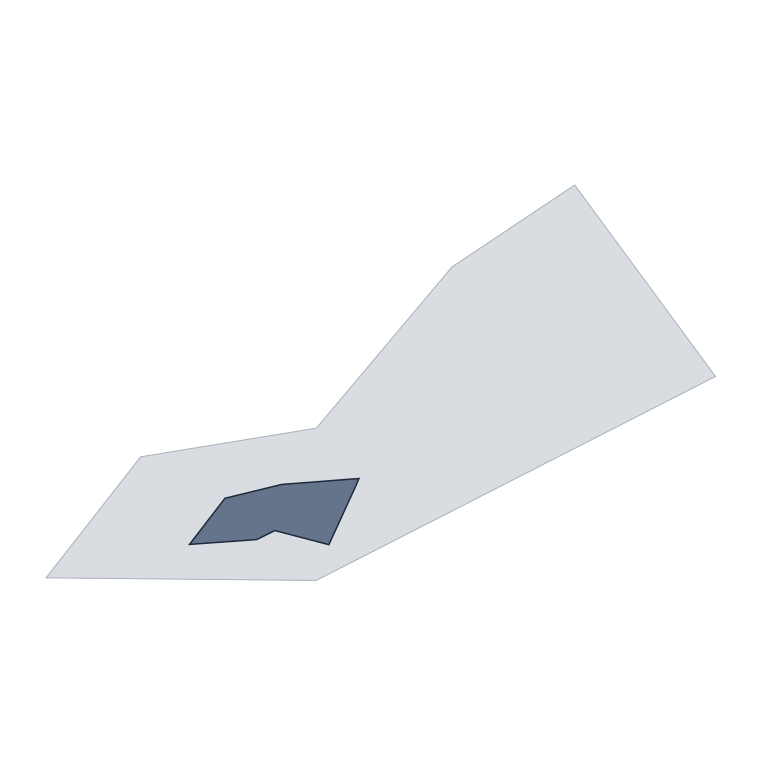 where Au Cap sits in Seychelles, rotated 92°
{"feature_id": "SYC-5201", "entity_name": "Au Cap", "entity_type": "state/province", "adm_level": 1, "iso_a3": "SYC", "parent_name": "Seychelles", "parent_adm1": "", "projection": "robinson", "projection_center": [55.515, -4.708], "detail": "fine", "context": "in_parent", "style": "filled", "palette": "slate", "viewbox_px": 768, "rotation_deg": 92, "n_neighbors": 0, "source": "natural_earth", "source_scale": "10m", "svg_char_len": 447}
<svg xmlns="http://www.w3.org/2000/svg" viewBox="0 0 768 768"><g transform="rotate(92 384 384)"><path d="M582.7,445.0L589.5,715.0L465.2,624.6L430.5,450.1L264.6,320.1L178.5,200.4L364.9,53.0L582.7,445.0Z" fill="#d9dde1" stroke="#a8b0b8" stroke-width="1"/><path d="M546.5,433.5L534.3,488.0L543.9,505.8L551.1,572.8L503.7,538.9L499.3,523.1L487.9,482.6L479.3,405.7L489.0,409.5L546.5,433.5Z" fill="#64748b" stroke="#1e293b" stroke-width="1.5"/></g></svg>